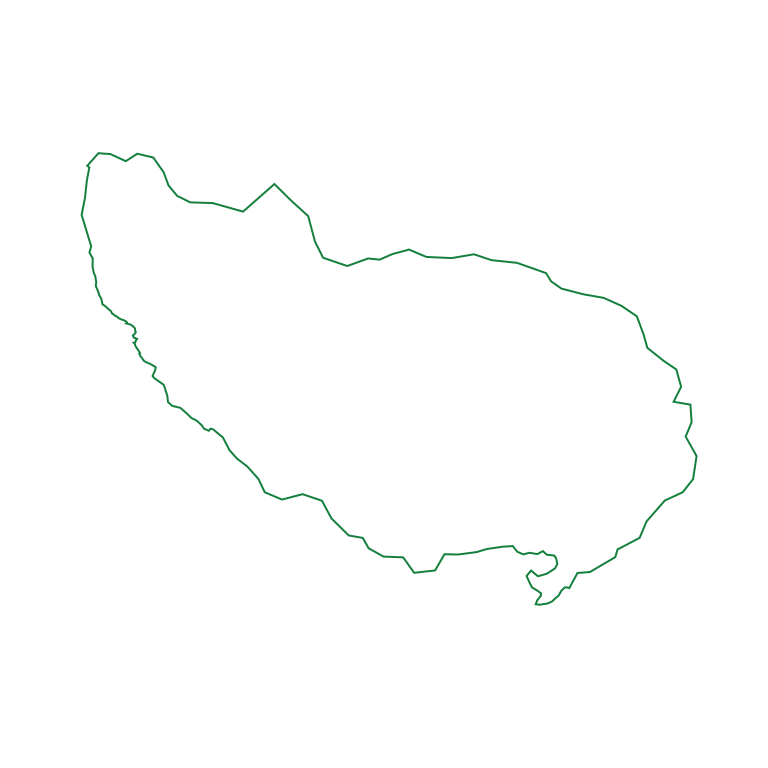 Arsos Lemesou, Limassol, Cyprus, rotated 276°
{"feature_id": "46923920B44205206050617", "entity_name": "Arsos Lemesou", "entity_type": "district", "adm_level": 2, "iso_a3": "CYP", "parent_name": "Cyprus", "parent_adm1": "Limassol", "projection": "natural_earth1", "projection_center": [32.763, 34.84], "detail": "fine", "context": "isolated", "style": "outline", "palette": "green", "viewbox_px": 768, "rotation_deg": 276, "n_neighbors": 0, "source": "geoboundaries", "source_scale": "gbopen_adm2", "svg_char_len": 2372}
<svg xmlns="http://www.w3.org/2000/svg" viewBox="0 0 768 768"><g transform="rotate(276 384 384)"><path d="M315.3,227.3L315.1,227.9L314.1,229.3L302.1,237.2L294.6,245.4L287.6,256.7L276.5,269.0L263.9,276.7L258.4,294.6L265.9,314.5L261.4,334.5L244.8,345.8L229.7,364.7L228.7,379.0L219.0,385.9L212.3,401.6L213.6,421.2L199.4,433.7L203.9,454.3L221.0,461.9L222.2,475.6L226.4,493.3L230.6,503.5L234.5,518.6L236.3,529.0L231.1,534.1L229.1,540.3L231.3,546.2L230.9,554.3L234.4,559.5L231.3,563.7L231.1,571.4L228.4,573.5L223.0,575.2L218.4,573.3L212.3,565.7L208.9,557.2L213.8,549.7L208.0,545.9L202.7,548.9L197.2,552.4L194.8,557.5L192.4,561.9L189.9,562.2L184.9,559.0L180.8,557.9L180.8,562.0L182.8,569.6L185.3,573.9L188.9,576.9L191.8,579.8L196.8,581.9L200.7,585.1L200.7,588.6L200.4,589.6L216.3,596.2L218.5,608.4L236.0,632.1L243.9,633.6L257.7,654.3L274.8,659.5L297.4,675.4L307.6,692.4L321.7,701.3L345.0,702.4L363.2,689.5L378.1,693.9L395.5,690.9L396.6,673.9L412.3,679.8L429.0,673.2L436.6,659.1L447.5,642.1L460.6,636.9L477.7,628.4L479.4,625.3L486.5,612.1L492.6,593.6L494.1,572.5L497.4,550.6L503.5,539.5L511.2,533.6L518.4,503.6L518.4,478.1L522.4,459.9L516.3,438.1L514.8,412.9L520.3,394.8L514.1,378.8L507.2,366.6L507.2,355.1L497.5,335.1L503.2,310.2L518.6,300.4L543.0,291.1L556.6,272.6L571.4,254.1L540.7,225.8L546.0,194.8L544.4,172.3L549.5,158.6L559.0,148.9L571.6,142.7L585.1,130.9L587.2,114.5L578.6,103.9L584.1,87.8L583.8,80.5L583.7,75.9L570.0,66.1L568.6,68.3L555.0,67.2L538.2,67.2L520.6,65.6L490.3,78.4L483.9,77.3L478.5,81.2L470.2,81.9L466.9,82.9L463.6,84.0L461.4,85.5L458.4,86.3L455.3,87.2L451.3,87.1L449.0,88.5L446.4,89.9L442.6,91.5L439.4,93.9L436.8,94.7L433.8,95.7L432.9,97.6L432.0,99.0L430.0,101.7L427.9,104.8L425.7,106.2L425.2,107.4L424.3,108.4L423.2,111.1L421.5,113.8L420.8,116.1L420.2,118.7L419.1,121.3L418.4,121.9L417.3,121.2L417.1,123.0L416.4,126.3L415.0,128.5L413.2,130.6L410.5,131.1L409.5,131.8L406.9,130.1L406.0,129.2L404.0,130.3L403.0,133.7L401.2,132.7L399.5,132.3L398.9,130.8L398.2,131.8L395.8,132.8L393.1,135.1L389.2,138.2L388.5,137.5L387.0,138.3L381.8,143.0L380.6,145.7L379.7,148.9L377.0,155.1L374.3,155.1L367.8,153.0L366.0,154.6L363.2,159.6L360.1,165.1L349.7,169.7L343.4,171.1L340.1,175.7L339.0,184.0L336.3,187.8L333.7,191.4L330.0,196.1L327.9,201.7L323.8,207.2L320.8,209.6L319.2,214.7L321.4,216.1L321.1,218.7L315.3,227.3Z" fill="none" stroke="#15803d" stroke-width="2"/></g></svg>